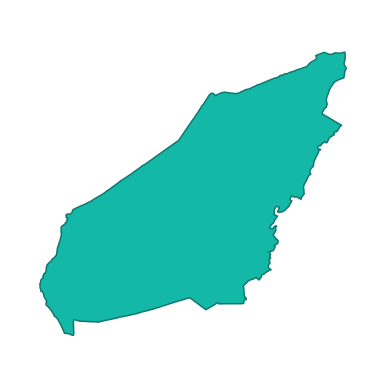 Slobozia Bradului, Vrancea, Romania (Equal Earth projection), rotated 96°
{"feature_id": "2599482B85877381221318", "entity_name": "Slobozia Bradului", "entity_type": "district", "adm_level": 2, "iso_a3": "ROU", "parent_name": "Romania", "parent_adm1": "Vrancea", "projection": "equal_earth", "projection_center": [27.039, 45.483], "detail": "fine", "context": "isolated", "style": "filled", "palette": "teal", "viewbox_px": 384, "rotation_deg": 96, "n_neighbors": 0, "source": "geoboundaries", "source_scale": "gbopen_adm2", "svg_char_len": 5910}
<svg xmlns="http://www.w3.org/2000/svg" viewBox="0 0 384 384"><g transform="rotate(96 192 192)"><path d="M37.0,54.5L37.2,55.9L37.8,57.0L38.5,59.2L38.6,61.5L38.6,63.9L39.1,65.1L40.4,67.4L40.7,68.8L40.6,70.8L39.5,74.2L39.4,75.0L39.5,75.6L39.8,76.3L41.1,78.6L42.1,80.8L43.0,82.5L43.4,83.0L43.6,83.1L45.3,82.4L46.2,82.0L46.6,82.0L47.7,83.4L49.5,86.0L51.1,88.0L52.8,89.3L55.0,90.7L55.5,91.5L56.0,92.4L56.6,93.9L58.1,96.9L59.8,101.0L60.9,102.6L61.9,104.8L62.2,105.3L62.4,106.6L63.4,108.0L64.3,109.6L64.6,110.5L64.6,111.7L65.0,112.4L66.5,114.2L66.4,115.0L67.2,116.9L67.5,117.1L67.9,117.1L69.4,119.4L69.9,121.1L70.6,122.7L71.9,125.2L75.2,131.1L76.3,133.3L77.4,135.1L78.7,138.2L80.6,141.0L81.8,143.2L83.0,145.0L83.8,146.6L84.2,148.2L84.5,149.0L87.0,153.4L87.7,154.2L88.1,154.9L89.1,156.9L89.4,157.9L89.5,158.8L89.6,162.8L89.3,170.1L89.8,171.8L90.6,173.7L92.2,176.5L93.4,178.4L93.5,178.8L92.5,180.3L92.0,180.8L91.8,181.3L91.6,182.3L91.7,182.9L91.9,183.2L92.6,184.0L94.0,185.1L103.4,189.8L104.2,190.3L105.1,191.1L106.0,191.4L110.4,193.6L111.1,193.9L126.7,202.4L142.1,210.7L152.5,222.6L168.4,240.5L169.9,242.3L170.3,243.1L170.5,243.4L174.0,247.1L178.1,252.0L179.9,253.7L186.5,261.7L188.2,264.0L190.2,265.9L198.6,275.2L200.0,277.0L201.4,278.3L203.6,280.8L209.5,289.0L211.3,291.0L216.1,298.5L217.4,301.0L219.9,305.2L221.6,307.8L222.3,308.7L222.8,308.9L224.4,309.0L225.1,309.4L226.8,311.1L227.0,311.9L226.8,313.1L227.3,314.3L227.6,314.6L228.3,314.9L229.0,314.6L230.2,314.5L230.6,314.3L230.7,313.8L230.9,313.7L231.2,313.4L231.5,312.8L231.8,312.8L232.0,312.8L232.1,313.2L232.4,313.3L232.7,313.4L232.9,313.3L233.4,313.4L233.9,313.7L234.7,313.7L235.1,313.9L235.4,314.3L236.0,314.5L236.4,314.9L236.8,314.8L237.2,315.0L237.5,315.3L237.7,315.8L239.0,317.0L239.8,318.1L240.4,318.3L241.6,318.4L243.3,318.1L245.1,318.1L246.0,317.9L246.6,317.6L247.5,317.4L249.2,317.5L255.4,318.5L256.4,318.9L258.7,319.2L261.8,320.0L267.3,320.1L269.3,320.4L269.8,320.6L270.2,321.3L270.5,321.5L271.2,321.8L272.1,322.5L273.3,324.0L275.3,325.0L275.7,325.0L276.3,325.4L276.5,326.1L277.9,327.3L278.2,327.4L279.6,328.6L281.2,328.6L282.4,329.0L283.1,329.0L284.2,328.8L285.8,329.0L286.4,328.9L286.8,329.0L287.4,329.2L288.5,330.4L289.2,330.9L290.8,330.9L291.1,331.4L291.3,331.5L292.2,331.1L293.1,331.1L293.3,331.6L293.7,332.0L295.5,333.1L296.0,333.2L296.6,333.1L300.0,333.7L300.5,333.3L302.2,333.2L303.3,333.1L303.6,332.9L303.9,332.5L305.1,332.1L305.7,331.9L306.3,332.0L306.6,330.7L308.4,329.1L310.8,328.5L312.1,327.8L314.1,326.2L315.6,325.5L315.6,325.4L317.2,325.0L317.6,325.5L318.5,325.6L319.5,325.3L320.0,325.0L320.7,323.7L322.7,321.5L324.4,319.7L325.8,318.7L327.1,317.6L329.9,315.8L329.7,315.6L330.5,314.8L330.9,313.7L333.6,311.5L336.9,309.2L340.5,307.0L343.2,305.4L345.8,304.1L345.9,303.8L345.7,301.3L345.9,300.1L346.3,297.8L346.7,297.0L347.0,295.8L346.9,295.1L346.6,294.9L344.9,294.7L342.3,295.2L333.8,296.3L331.7,296.4L331.3,295.8L331.7,292.9L332.2,290.3L332.1,288.0L331.9,286.0L331.6,278.9L331.2,274.2L331.2,273.1L331.3,271.9L330.8,270.3L329.8,267.9L325.1,253.4L324.2,251.6L323.3,248.3L322.6,246.5L321.5,242.5L318.3,233.3L317.7,231.7L317.0,230.5L314.7,224.2L313.3,220.6L311.7,216.5L308.0,208.3L303.9,198.9L298.4,185.8L297.4,183.1L307.6,165.9L301.8,157.9L300.6,156.5L299.7,155.8L299.4,154.7L300.4,153.9L299.9,153.0L300.4,152.4L300.1,151.3L297.9,131.0L297.5,129.2L297.3,129.0L296.2,128.8L295.6,128.9L294.8,129.3L294.4,129.2L294.1,129.0L293.9,128.6L293.7,127.4L293.5,127.1L292.9,126.8L292.4,126.9L291.1,127.6L290.9,128.8L289.1,129.2L280.2,130.9L279.5,130.7L276.4,128.1L275.4,127.5L273.7,125.6L273.3,124.8L272.7,123.0L272.2,122.0L271.4,120.8L270.5,119.7L270.4,119.2L272.4,116.4L271.6,115.5L269.2,114.1L268.1,114.2L267.1,114.1L266.8,113.2L266.1,111.9L265.7,111.2L264.4,110.4L263.9,109.6L262.7,108.1L261.7,106.6L261.0,105.4L260.6,105.9L259.6,107.7L258.1,108.4L257.4,108.5L256.5,108.2L254.8,107.0L253.6,107.2L253.1,107.5L252.3,108.4L251.7,108.6L251.3,108.0L250.4,107.5L249.8,107.0L248.6,107.5L248.2,107.5L248.0,108.0L246.2,107.5L245.3,107.5L243.5,109.1L243.5,108.7L242.7,107.3L242.3,106.3L241.9,105.3L240.4,104.4L237.7,103.6L236.7,104.6L235.6,103.4L235.2,102.8L235.2,102.4L234.4,101.6L233.0,101.2L231.9,101.1L230.9,102.0L230.1,102.6L230.4,103.0L230.4,103.3L229.3,104.0L227.5,105.5L227.0,106.4L226.6,106.8L226.1,106.9L224.2,105.8L222.1,104.8L221.0,104.7L219.1,105.1L217.5,104.6L217.1,104.3L216.9,104.4L217.0,105.1L217.2,105.6L218.1,106.8L220.0,107.8L220.2,108.5L220.0,109.6L219.7,110.3L219.6,111.2L216.6,109.8L215.7,109.1L214.4,107.8L210.8,106.6L207.1,104.5L205.9,107.4L206.0,108.0L200.9,108.2L198.3,107.1L197.4,106.6L197.2,106.2L197.5,105.6L197.9,104.8L198.0,104.3L197.7,104.0L197.8,103.8L199.4,103.8L200.4,104.0L201.5,104.6L202.3,104.8L202.8,104.7L203.2,104.1L203.1,103.3L202.4,100.5L201.0,98.4L200.4,97.6L199.4,96.7L198.2,96.0L197.0,94.9L195.8,94.0L194.9,93.6L194.2,93.5L193.2,93.1L192.3,92.6L191.3,92.1L190.4,92.0L190.2,92.6L189.6,93.5L189.2,93.7L187.4,93.3L185.6,92.6L186.4,89.2L186.1,88.6L186.0,87.8L186.2,86.6L186.6,85.4L187.3,84.2L187.9,82.9L187.1,82.8L185.6,82.3L181.8,80.1L181.0,80.6L180.4,80.8L178.1,80.9L175.7,81.7L171.6,81.0L170.9,80.4L169.6,79.8L167.3,78.9L166.4,78.6L165.8,78.6L164.0,77.8L162.7,76.8L161.8,75.8L159.3,77.1L156.3,76.2L155.6,75.5L154.0,74.3L152.9,73.9L152.0,74.1L150.4,74.0L148.8,73.8L147.8,73.5L143.6,72.0L138.8,70.1L138.3,70.2L137.0,70.0L136.7,69.4L136.8,69.0L136.3,68.7L135.8,71.2L134.6,71.7L133.6,71.8L133.3,71.3L132.7,70.0L132.4,68.9L130.8,68.0L128.1,65.4L129.0,63.9L128.9,63.2L128.5,62.8L127.2,62.3L126.1,62.0L123.8,61.0L122.9,60.2L122.0,58.8L121.0,58.0L120.2,56.6L119.3,56.5L118.1,56.9L116.8,55.3L117.0,54.5L113.7,52.6L112.1,52.1L110.0,50.3L100.6,71.0L97.8,70.1L95.1,68.8L93.8,67.3L90.5,66.8L89.7,66.9L88.4,67.6L85.9,68.0L83.0,67.8L80.2,66.9L76.0,66.0L71.6,64.0L67.7,61.8L65.7,59.0L64.5,56.9L62.6,52.9L56.0,52.6L52.8,51.4L50.4,53.4L48.1,54.3L43.4,53.6L37.0,54.5Z" fill="#14b8a6" stroke="#0f766e" stroke-width="1.5"/></g></svg>